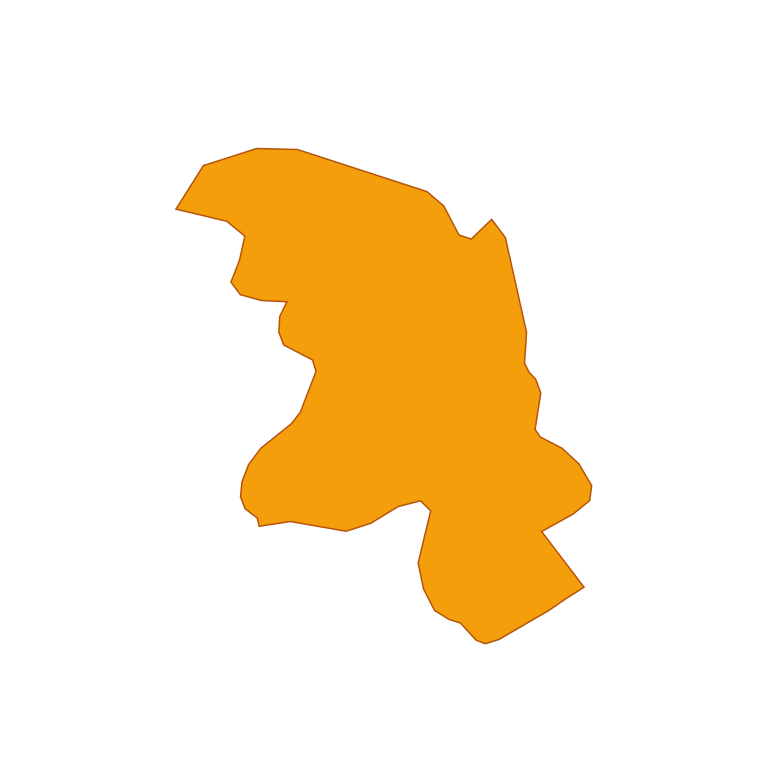 map outline of Monza e Brianza (Mercator projection), rotated 232°
{"feature_id": "ITA-5454", "entity_name": "Monza e Brianza", "entity_type": "Province", "adm_level": 1, "iso_a3": "ITA", "parent_name": "Italy", "parent_adm1": "", "projection": "mercator", "projection_center": [9.251, 45.641], "detail": "fine", "context": "isolated", "style": "filled", "palette": "amber", "viewbox_px": 768, "rotation_deg": 232, "n_neighbors": 0, "source": "natural_earth", "source_scale": "10m", "svg_char_len": 927}
<svg xmlns="http://www.w3.org/2000/svg" viewBox="0 0 768 768"><g transform="rotate(232 384 384)"><path d="M649.9,327.7L667.3,376.2L648.0,428.6L622.1,460.1L509.1,536.3L487.4,540.7L455.3,534.8L444.5,542.0L447.4,570.2L424.7,569.8L336.9,528.1L313.8,507.5L304.0,505.6L294.2,506.4L280.4,502.0L255.2,475.1L246.0,474.5L223.8,484.7L201.1,488.4L176.1,485.1L165.5,474.3L165.1,452.9L170.7,417.4L100.7,416.5L102.9,394.4L104.1,374.0L107.9,346.7L111.9,317.4L116.9,304.0L125.5,298.8L148.6,297.1L158.6,290.2L174.4,284.4L198.3,289.0L221.9,300.7L255.3,342.7L269.5,340.9L278.7,319.7L282.4,287.8L291.3,263.5L333.3,225.5L348.8,198.0L356.5,201.6L371.2,197.8L383.5,201.5L394.2,211.7L403.8,227.6L409.2,247.3L409.7,286.5L413.3,300.7L435.8,338.2L446.9,342.5L476.4,329.0L489.7,333.1L501.4,343.4L508.6,358.1L525.4,338.7L542.8,325.8L558.5,326.1L570.4,346.2L586.2,365.4L609.0,360.3L649.9,327.7Z" fill="#f59e0b" stroke="#b45309" stroke-width="1.5"/></g></svg>